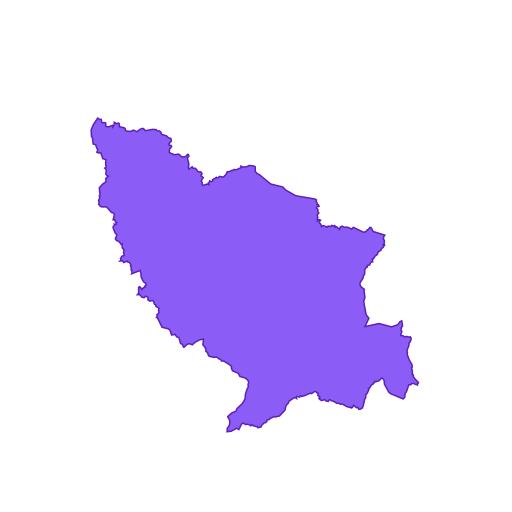 outline of Alto Molocue, Zambezia, Mozambique, rotated 156°
{"feature_id": "85939544B55280380491119", "entity_name": "Alto Molocue", "entity_type": "district", "adm_level": 2, "iso_a3": "MOZ", "parent_name": "Mozambique", "parent_adm1": "Zambezia", "projection": "albers", "projection_center": [37.642, -15.703], "detail": "fine", "context": "isolated", "style": "filled", "palette": "violet", "viewbox_px": 512, "rotation_deg": 156, "n_neighbors": 0, "source": "geoboundaries", "source_scale": "gbopen_adm2", "svg_char_len": 6096}
<svg xmlns="http://www.w3.org/2000/svg" viewBox="0 0 512 512"><g transform="rotate(156 256 256)"><path d="M249.2,93.7L247.4,94.9L246.7,94.6L246.1,93.1L244.8,92.4L242.0,88.5L240.4,87.8L239.0,86.1L237.5,85.9L234.3,81.5L231.4,79.1L230.6,79.1L230.5,77.7L230.2,78.6L229.1,78.6L227.5,80.0L225.9,76.5L224.6,76.3L224.4,74.1L223.4,73.7L220.9,73.8L219.4,75.0L214.9,81.0L213.3,82.0L212.2,84.6L210.1,85.4L207.1,88.3L207.1,89.3L206.0,89.2L202.5,91.4L200.9,91.4L199.9,92.5L199.1,92.1L198.4,93.1L197.1,92.3L194.5,92.0L190.9,93.4L190.3,93.0L189.5,90.4L190.8,86.7L190.1,77.6L189.1,75.6L179.8,65.6L177.5,66.5L175.7,69.7L173.8,70.8L168.8,76.2L167.1,75.4L165.7,76.1L163.7,75.4L162.6,73.8L161.2,73.5L161.1,71.7L160.9,73.1L159.0,74.2L160.7,78.9L161.3,81.5L160.7,83.8L161.4,84.5L160.1,86.7L159.4,90.3L158.3,91.1L157.7,93.7L158.3,99.0L157.8,105.1L157.0,106.0L156.5,108.4L153.1,111.6L151.6,114.2L149.7,115.1L147.8,117.3L147.9,119.4L149.1,119.6L151.3,121.4L153.2,121.4L153.9,123.1L156.2,124.6L153.4,127.8L153.8,129.2L152.3,131.5L150.6,132.4L149.2,137.5L151.4,137.4L154.5,135.5L161.1,136.2L171.1,144.3L185.2,147.2L178.2,153.2L179.3,157.6L176.1,170.6L173.3,173.9L171.3,180.8L170.6,181.4L172.7,185.6L172.6,187.8L171.7,189.3L167.3,192.2L165.9,194.3L164.4,194.9L162.0,199.5L159.5,200.9L158.8,200.6L158.2,202.1L155.9,201.6L154.2,203.2L152.6,203.6L151.8,203.2L151.0,205.9L149.9,205.6L147.4,207.4L144.6,208.0L142.8,210.0L139.6,210.4L138.7,211.5L136.0,212.3L135.2,213.1L135.3,214.3L134.2,213.6L133.7,216.1L133.0,216.4L132.4,218.3L132.8,219.5L131.6,221.5L129.8,222.7L139.0,230.7L139.3,235.2L140.4,235.8L142.5,234.5L143.7,234.6L145.7,233.6L148.0,233.9L155.4,242.6L157.8,241.7L159.7,244.2L162.0,245.9L163.7,246.2L165.2,248.3L167.3,248.2L168.8,246.4L170.6,250.0L172.0,250.1L171.5,251.3L171.8,251.9L173.6,252.0L174.3,253.2L175.7,252.6L178.0,254.0L178.9,253.2L182.2,256.5L184.2,256.2L183.9,258.6L184.5,260.4L183.9,261.8L182.5,262.5L183.5,263.7L185.7,263.0L184.8,265.3L183.8,266.1L183.4,268.7L181.1,269.7L181.4,271.7L180.5,273.1L181.2,275.4L179.6,276.5L178.6,275.6L178.1,275.8L178.2,277.6L179.3,278.5L178.5,279.8L179.0,280.8L178.0,282.6L178.7,283.9L195.2,294.9L202.1,304.2L203.5,308.2L213.3,315.8L219.8,328.9L221.7,331.2L222.2,333.9L220.4,337.7L221.1,338.9L225.3,341.5L228.2,341.3L231.5,342.5L233.3,344.2L233.7,342.8L238.9,342.8L241.2,344.1L242.7,343.5L243.5,344.1L245.8,343.9L247.9,344.7L249.9,342.9L253.6,341.3L256.9,343.5L258.4,343.1L259.9,343.2L260.1,343.9L264.6,343.4L264.9,342.2L266.1,341.9L267.8,343.5L268.8,342.3L269.9,342.2L270.0,340.3L271.8,341.7L275.9,342.1L276.1,343.3L275.2,345.0L275.5,346.9L272.3,349.1L273.6,351.6L271.8,353.2L271.9,354.4L272.6,355.7L273.8,355.9L274.7,356.9L275.6,360.7L277.9,361.8L278.0,363.4L282.0,362.7L281.7,364.9L280.9,365.4L279.7,368.1L278.9,373.2L276.7,374.5L276.5,376.2L277.0,376.7L280.3,375.4L282.0,376.1L284.0,377.4L284.4,379.3L285.5,380.7L289.2,381.6L292.9,385.5L293.1,386.2L291.3,388.9L288.6,390.2L288.7,391.6L290.3,392.6L289.9,394.0L286.6,395.4L285.9,397.9L288.0,399.8L288.9,402.2L292.7,405.4L292.5,407.7L293.3,409.5L295.5,410.5L295.8,412.1L298.8,413.7L306.0,415.4L306.9,418.0L307.8,418.8L310.5,418.9L314.2,418.0L316.8,420.9L319.8,420.8L323.5,422.8L324.2,423.9L323.7,425.6L324.2,426.7L328.2,429.7L327.1,432.3L327.4,433.3L329.5,433.7L331.1,435.8L332.0,433.9L334.3,432.0L334.1,433.7L338.5,434.0L340.5,435.6L339.2,438.7L340.4,439.7L341.9,440.0L342.5,441.3L341.8,443.8L343.3,444.4L344.5,446.4L351.2,442.1L355.3,438.3L357.7,432.1L357.3,430.5L359.2,424.6L357.2,422.7L357.6,419.5L357.2,417.7L359.2,415.5L357.9,414.1L355.8,413.5L356.4,407.3L353.9,405.0L355.6,402.1L356.9,398.0L358.5,397.8L357.7,395.7L359.9,391.8L359.4,389.9L358.4,388.9L361.8,387.9L362.6,384.9L367.1,384.0L371.4,382.0L373.8,375.0L374.9,374.4L374.8,373.0L377.3,370.7L377.6,368.6L378.7,367.3L378.0,364.7L376.6,363.4L372.6,361.7L370.3,354.5L368.8,353.4L368.5,351.4L371.8,347.2L370.0,346.6L370.7,344.4L369.7,343.1L370.4,342.9L370.5,342.0L371.7,341.9L372.5,342.7L372.6,341.9L374.5,341.0L375.1,339.8L375.3,334.2L374.5,332.3L376.0,330.1L377.2,329.5L377.5,328.2L377.0,326.5L376.1,326.1L375.1,324.2L374.5,321.5L373.4,321.7L374.9,317.8L374.0,315.2L375.5,313.3L376.2,310.2L378.7,310.3L380.7,308.9L381.2,307.0L382.2,306.7L380.0,305.9L379.5,303.8L375.9,303.8L375.8,302.8L374.2,301.5L373.8,299.0L374.5,298.4L374.8,295.7L375.8,294.1L375.4,293.4L376.0,291.0L376.8,290.3L367.8,289.9L368.2,286.8L369.5,283.5L369.3,278.4L367.8,275.5L368.5,274.0L370.0,273.7L369.8,272.9L372.2,272.7L373.8,271.7L374.5,275.0L375.0,275.4L376.1,275.0L378.2,270.0L380.1,268.9L378.7,268.3L378.2,268.9L377.0,264.8L375.2,263.4L373.2,264.2L371.4,262.0L372.6,260.0L371.6,258.1L369.1,257.5L368.0,256.6L368.4,253.3L367.5,252.3L368.0,250.8L365.8,247.7L367.1,246.2L367.8,243.6L370.6,242.5L370.5,241.2L371.9,240.4L371.2,239.4L370.8,229.1L365.8,225.2L364.7,223.2L365.3,218.2L361.8,217.2L361.4,214.5L359.6,212.9L360.5,206.8L359.2,205.2L359.3,202.3L358.9,201.9L354.6,203.4L352.3,202.8L350.2,200.8L346.4,202.0L341.8,202.3L337.8,201.6L340.7,196.3L339.9,194.2L339.7,191.1L340.6,189.3L339.6,187.4L339.9,184.3L339.3,183.2L335.8,180.6L332.8,179.5L331.8,177.2L330.5,176.1L330.2,174.1L328.1,173.0L324.0,166.8L323.4,165.1L324.2,163.1L324.1,160.6L319.9,156.0L319.7,152.5L315.4,148.8L314.1,146.2L313.9,143.9L315.7,141.6L316.1,139.7L318.4,138.0L322.1,133.7L323.9,130.2L326.2,128.3L328.7,126.7L335.1,124.5L337.6,122.4L342.1,122.5L347.2,120.8L346.9,116.7L347.8,114.2L349.4,112.0L352.3,110.3L353.9,107.2L349.8,106.0L343.8,106.5L342.3,104.4L337.5,108.4L335.8,108.6L333.9,106.2L332.2,105.8L330.3,104.1L329.9,103.0L328.0,103.3L327.5,101.9L324.6,99.7L324.0,98.3L320.8,97.8L319.9,98.9L316.3,100.3L314.9,99.8L313.5,100.4L312.8,101.5L310.3,101.3L308.8,101.9L304.6,101.8L303.8,101.1L299.6,100.3L292.2,103.4L289.5,107.1L286.4,108.4L285.1,109.8L279.2,111.0L277.6,110.5L276.9,109.4L276.7,110.7L275.9,111.2L273.5,109.3L272.7,110.1L271.8,110.0L271.4,109.1L268.7,108.7L261.8,108.5L261.1,107.6L257.9,108.4L256.5,107.8L255.9,105.9L255.0,105.3L256.3,103.4L255.0,101.7L256.4,100.4L256.3,99.8L255.6,100.1L255.8,98.6L254.9,97.3L251.6,96.8L251.0,95.1L249.2,93.7Z" fill="#8b5cf6" stroke="#5b21b6" stroke-width="1.5"/></g></svg>